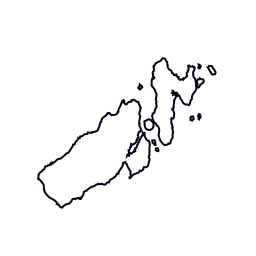 outline of Alor, Nusa Tenggara Timur, Indonesia, rotated 152°
{"feature_id": "22746128B1117135414899", "entity_name": "Alor", "entity_type": "district", "adm_level": 2, "iso_a3": "IDN", "parent_name": "Indonesia", "parent_adm1": "Nusa Tenggara Timur", "projection": "equal_earth", "projection_center": [124.34, -8.333], "detail": "fine", "context": "isolated", "style": "outline", "palette": "ink", "viewbox_px": 256, "rotation_deg": 152, "n_neighbors": 0, "source": "geoboundaries", "source_scale": "gbopen_adm2", "svg_char_len": 5865}
<svg xmlns="http://www.w3.org/2000/svg" viewBox="0 0 256 256"><g transform="rotate(152 128 128)"><path d="M145.0,84.4L139.4,83.7L137.6,84.9L136.5,83.8L134.1,84.2L132.5,86.0L130.1,84.8L128.2,85.1L124.2,89.4L123.4,90.8L123.6,91.7L123.0,93.1L122.0,93.7L117.9,101.2L116.3,103.2L115.6,106.3L115.7,107.1L116.7,107.8L117.1,109.7L117.3,116.6L118.3,114.9L120.8,113.8L122.5,112.3L123.3,112.4L123.6,111.7L124.6,111.5L124.8,110.4L126.1,110.1L126.8,109.0L128.2,108.4L129.6,106.8L130.7,106.4L131.2,106.7L132.4,104.4L133.1,105.2L134.0,104.0L134.8,104.4L136.9,103.8L138.0,105.2L139.2,104.9L139.4,103.7L140.2,102.9L141.3,104.0L141.8,103.8L141.0,104.8L139.6,104.9L138.3,105.9L138.4,107.0L137.9,108.2L137.3,108.0L136.3,108.5L135.2,110.0L134.6,109.7L133.7,110.2L133.6,111.2L132.7,112.5L131.5,111.0L128.0,111.5L124.2,114.7L123.6,114.5L123.0,115.2L122.8,116.9L120.6,119.1L119.9,119.4L118.5,119.0L117.4,120.0L116.8,123.0L116.9,124.7L116.1,126.5L115.7,126.4L115.8,127.1L114.5,129.3L111.6,132.7L111.7,134.3L110.9,136.1L108.5,138.3L107.6,140.2L107.2,140.1L107.0,145.1L106.6,146.0L108.0,147.2L109.3,150.0L110.5,150.7L112.2,150.8L112.3,150.0L113.3,149.7L115.3,150.7L118.3,149.6L119.0,149.9L119.5,151.3L119.3,152.5L118.5,154.2L118.8,154.7L120.6,154.4L120.6,153.4L122.4,153.0L124.0,151.3L127.0,149.4L129.1,146.7L129.6,147.1L130.9,145.8L133.3,145.7L136.3,147.0L137.1,148.2L137.4,150.1L139.1,150.7L139.6,150.0L140.3,150.1L141.2,149.5L145.8,148.7L147.9,147.3L148.9,145.8L149.9,145.8L153.3,142.2L156.3,139.9L158.0,140.1L158.0,139.5L158.4,140.3L162.2,140.8L161.9,141.2L163.0,141.3L165.5,142.9L166.6,141.8L169.2,142.9L172.3,142.3L174.3,143.0L175.3,141.8L176.4,142.6L176.5,142.0L177.9,141.3L181.1,140.2L182.7,138.6L184.4,139.2L185.0,138.1L192.4,134.0L193.3,134.5L201.6,132.6L204.5,133.5L209.5,132.3L210.8,132.3L211.0,132.9L211.5,132.1L212.2,132.8L212.8,132.2L213.1,132.8L213.8,132.1L214.2,132.5L214.9,132.1L216.1,132.7L217.1,132.2L219.0,132.9L221.3,130.9L222.9,131.0L224.1,130.2L226.3,130.1L228.9,128.7L231.2,125.0L230.4,124.1L229.4,120.3L229.2,117.2L230.9,113.4L231.5,110.6L231.3,108.1L230.2,104.0L226.8,98.6L226.0,96.1L226.0,94.6L226.6,94.2L226.0,93.6L225.5,93.8L224.7,89.6L223.4,88.6L221.7,89.4L218.3,89.6L215.7,88.9L213.3,89.5L210.6,91.1L209.0,91.1L207.7,89.8L206.6,90.1L204.3,89.4L204.1,88.0L202.9,87.5L202.3,88.7L201.1,88.4L200.6,89.2L198.9,89.8L196.9,92.4L193.4,92.2L191.9,92.8L187.9,93.2L184.8,92.5L182.7,93.0L181.1,92.4L180.4,92.7L179.0,91.4L177.4,91.1L175.6,89.1L174.1,88.8L171.7,89.6L170.3,88.9L168.7,90.4L161.9,91.1L159.0,92.8L158.5,92.1L157.8,92.1L157.0,93.5L150.6,97.0L148.6,99.5L146.4,99.2L146.9,98.5L146.0,96.7L146.5,95.2L146.2,88.0L147.5,86.3L147.8,84.2L147.3,83.7L145.0,84.4ZM99.6,129.1L99.8,128.3L101.0,127.4L102.3,123.3L102.2,121.3L101.3,118.5L101.5,117.3L100.7,115.0L100.7,113.6L101.4,111.4L104.5,107.0L105.4,101.8L104.7,97.8L103.8,95.9L101.7,95.0L99.8,94.9L99.5,95.3L98.9,94.6L97.4,95.0L95.7,97.1L93.3,98.4L91.1,102.2L90.0,103.3L89.2,106.8L88.8,107.6L88.4,107.4L87.5,110.4L87.4,112.3L86.2,114.1L85.8,115.4L84.9,116.3L83.9,115.2L82.9,115.5L80.3,119.1L79.7,123.0L80.0,123.5L79.5,123.5L79.4,124.2L78.9,123.9L77.7,124.9L77.7,125.7L75.0,129.2L74.9,130.2L70.6,133.3L70.3,134.0L71.0,135.8L70.8,136.1L71.3,136.6L71.9,136.1L72.7,136.1L72.3,137.0L72.8,138.1L72.0,138.5L71.4,139.6L71.2,139.2L70.8,139.6L70.6,139.4L70.6,137.2L68.4,136.4L68.2,134.5L69.3,133.9L69.2,133.0L67.8,132.5L67.7,133.0L67.6,133.3L67.5,131.4L68.0,129.4L67.6,127.9L67.5,123.8L66.0,121.5L64.8,121.1L63.4,119.5L62.0,120.4L59.8,122.9L58.1,123.5L57.0,125.4L55.3,127.1L52.4,128.6L51.6,128.6L48.9,130.9L48.3,133.2L47.1,135.2L45.6,140.0L46.1,142.1L45.8,143.5L44.3,146.7L42.2,148.1L40.9,149.6L40.9,150.1L41.2,149.9L41.6,151.2L41.9,150.6L41.8,152.0L43.2,152.5L43.7,151.8L43.5,152.5L44.3,153.1L44.6,154.5L45.6,154.6L46.9,151.4L47.8,150.4L48.1,150.7L48.6,150.4L49.0,149.5L50.4,149.0L51.6,146.0L54.7,145.3L55.6,145.2L55.8,145.7L56.6,145.0L56.7,145.6L57.4,145.3L58.5,146.2L59.5,146.1L60.2,147.7L60.1,148.4L59.5,149.2L60.3,149.5L60.7,151.2L60.3,151.5L60.1,152.6L60.6,152.7L61.0,152.1L62.7,153.3L62.4,154.9L63.3,156.0L62.8,158.1L64.4,160.8L64.2,163.8L63.3,165.2L63.4,165.9L62.6,167.4L62.9,172.0L64.6,173.3L67.9,172.0L73.0,172.2L75.8,170.5L76.2,170.7L76.9,169.9L77.2,167.9L78.7,166.2L79.8,165.8L80.6,164.8L80.5,163.5L81.0,163.2L81.6,161.8L81.0,160.3L81.2,159.9L82.2,159.5L82.6,160.4L83.3,160.4L84.7,158.9L86.6,155.5L87.2,154.3L86.3,149.0L86.8,147.3L86.7,145.2L87.4,143.6L90.0,140.2L90.5,137.9L91.5,136.7L92.4,134.0L93.1,133.1L94.0,132.9L94.5,131.9L95.8,131.4L97.4,129.2L99.6,129.1ZM109.5,115.9L106.8,115.9L104.8,117.4L103.2,120.2L104.1,124.2L104.5,124.6L104.9,124.2L104.5,124.6L105.4,126.0L110.4,126.2L111.1,124.9L111.1,124.1L112.2,122.3L112.6,120.0L112.2,118.5L111.6,117.3L109.5,115.9ZM47.3,131.3L46.8,130.7L46.0,130.8L43.9,132.2L40.4,132.8L39.0,133.8L38.7,135.6L40.0,136.4L41.2,138.2L42.0,137.5L43.5,138.2L45.1,136.9L46.1,135.2L45.7,134.3L47.3,132.8L47.3,131.3ZM29.1,144.1L28.7,135.9L26.3,134.7L25.7,134.7L24.5,136.1L24.5,139.3L25.0,141.4L24.7,142.5L25.3,143.7L27.3,144.8L28.4,143.9L29.1,144.1ZM113.2,103.6L112.2,100.3L111.6,100.1L111.5,101.0L110.3,103.0L110.3,104.7L112.4,105.6L113.2,103.6ZM99.4,156.5L96.3,157.2L96.1,158.5L97.2,160.9L98.3,159.1L99.8,159.1L100.1,157.8L99.4,156.5ZM67.1,108.5L68.0,107.9L68.3,106.6L68.8,106.3L69.0,105.6L67.7,104.4L65.6,105.3L65.2,107.6L67.1,108.5ZM60.3,105.8L61.5,102.5L61.3,102.3L60.3,104.5L59.6,103.0L59.0,103.2L58.5,104.0L58.2,106.7L59.1,107.0L60.3,105.8ZM112.8,96.9L114.0,95.5L113.4,94.3L112.1,93.3L111.6,93.7L111.3,94.6L111.3,96.2L112.8,96.9ZM37.7,148.2L37.5,147.4L36.5,147.0L34.6,148.4L35.1,150.1L35.8,150.9L36.4,149.3L37.7,148.2ZM69.0,134.5L68.6,135.2L68.7,136.3L69.4,136.6L69.9,134.9L69.0,134.5ZM116.6,116.1L116.9,114.8L116.4,114.3L115.7,115.9L116.6,116.1ZM149.9,82.7L148.6,83.0L148.4,83.4L149.0,83.9L150.0,83.7L150.2,83.1L149.9,82.7Z" fill="none" stroke="#020617" stroke-width="2"/></g></svg>